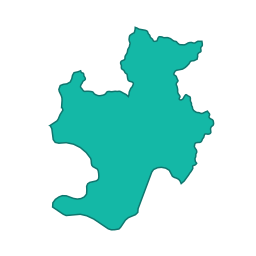 the District of Borski, rotated 169°
{"feature_id": "SRB-125", "entity_name": "Borski", "entity_type": "District", "adm_level": 1, "iso_a3": "SRB", "parent_name": "Republic of Serbia", "parent_adm1": "", "projection": "natural_earth1", "projection_center": [22.104, 44.305], "detail": "fine", "context": "isolated", "style": "filled", "palette": "teal", "viewbox_px": 256, "rotation_deg": 169, "n_neighbors": 0, "source": "natural_earth", "source_scale": "10m", "svg_char_len": 5796}
<svg xmlns="http://www.w3.org/2000/svg" viewBox="0 0 256 256"><g transform="rotate(169 128 128)"><path d="M204.1,145.3L196.4,148.5L194.8,150.0L192.1,154.1L189.2,157.2L188.7,157.5L188.5,158.9L188.7,160.1L189.1,160.8L189.3,160.8L187.5,167.5L187.1,170.1L187.3,172.3L188.5,177.1L188.5,179.1L186.4,182.6L183.2,183.2L179.5,183.0L175.9,184.2L173.8,187.0L172.4,190.3L170.4,192.6L166.4,192.7L163.6,193.2L163.4,192.0L163.1,191.3L162.7,191.0L161.8,190.5L161.4,190.2L161.3,189.9L161.2,189.4L161.3,187.8L161.3,187.4L160.7,185.9L160.5,185.1L160.5,184.3L160.6,184.0L161.1,183.5L161.7,183.2L162.9,182.7L163.6,182.1L164.6,180.7L165.5,179.9L166.0,179.2L166.4,178.6L166.8,177.5L166.8,177.1L166.6,176.7L165.7,175.1L165.0,173.5L164.5,172.8L164.2,172.5L163.5,172.2L161.2,171.9L159.4,171.5L157.5,170.9L156.4,170.5L155.7,170.0L155.4,169.7L154.7,168.1L154.0,167.4L153.6,167.0L151.6,165.7L151.1,165.5L150.3,165.2L148.9,165.0L147.6,165.0L146.2,165.0L145.0,165.2L143.5,165.8L143.1,166.2L142.1,167.2L141.7,167.4L141.2,167.6L140.6,167.6L139.5,167.5L137.5,166.8L136.9,166.7L133.5,166.5L132.9,166.3L131.5,165.9L129.8,165.8L129.4,165.7L128.5,165.3L128.0,164.9L125.4,162.7L123.7,161.4L122.7,160.2L121.7,158.8L120.8,160.3L120.4,161.5L120.1,162.6L119.9,163.1L119.6,163.6L118.6,165.0L117.9,166.1L117.2,166.8L116.2,167.5L115.9,167.8L114.5,169.9L114.3,170.3L114.3,170.9L114.4,171.5L114.9,172.1L115.7,172.7L117.6,173.6L118.3,174.3L118.6,174.7L118.8,175.3L118.9,176.6L118.8,178.7L118.7,180.2L118.6,180.6L118.7,180.9L118.9,181.2L120.0,182.4L120.3,182.9L120.9,184.8L121.0,185.2L121.2,185.5L122.5,186.8L122.8,187.2L123.0,187.6L123.0,188.7L122.6,190.3L122.6,190.8L122.9,192.5L122.9,193.0L122.8,193.5L122.5,194.1L122.2,194.5L121.8,194.8L121.1,195.1L119.1,195.5L118.5,195.8L118.2,196.0L117.9,196.4L117.7,196.8L117.4,198.3L117.2,198.8L116.9,199.3L116.5,199.8L115.1,201.2L114.7,201.7L114.1,202.8L113.6,204.2L113.3,204.9L112.7,205.8L111.5,207.1L111.1,207.6L110.6,209.0L109.9,210.4L109.8,210.8L109.8,211.3L110.1,213.1L110.1,214.4L110.0,215.0L109.6,216.2L109.0,217.8L108.7,218.2L108.4,218.5L108.1,218.7L105.9,219.7L104.1,220.2L103.7,220.4L103.5,220.7L102.2,223.4L101.7,225.4L99.8,224.2L98.5,223.0L92.8,220.8L91.8,220.3L90.9,219.6L90.6,219.2L90.4,218.7L90.2,217.2L89.9,216.3L89.1,215.1L89.0,214.8L88.9,214.4L88.9,213.4L88.7,212.9L88.5,212.4L87.4,211.0L87.0,210.5L86.6,209.0L86.4,208.6L86.1,208.2L85.8,208.1L85.4,208.0L84.3,207.9L83.4,207.9L83.1,208.0L82.7,208.3L81.7,210.0L80.8,211.2L80.5,211.4L80.0,211.6L79.5,211.6L77.3,210.9L76.0,210.0L75.2,209.7L73.0,209.4L71.9,209.2L71.5,209.0L69.5,207.8L69.2,207.6L67.6,205.8L66.6,204.8L65.9,204.4L64.4,203.8L64.0,203.5L63.5,202.5L62.9,201.6L61.8,200.3L61.4,200.0L61.1,199.9L59.1,199.4L57.1,198.9L56.6,198.9L55.4,199.1L52.8,200.0L51.4,200.1L50.7,200.1L49.5,199.9L47.7,199.0L46.9,198.7L46.3,198.7L45.8,198.8L43.7,199.6L43.1,199.8L42.2,199.7L38.9,199.0L39.0,196.4L39.2,195.4L39.3,194.9L39.7,194.4L40.8,193.5L41.1,193.3L41.3,192.9L41.4,192.5L41.6,189.9L41.8,189.3L42.1,189.0L42.4,188.8L43.3,188.6L44.1,188.3L44.6,188.0L45.4,187.2L45.7,186.8L45.8,186.4L45.9,185.2L46.0,184.8L47.1,182.3L47.9,182.2L49.9,181.6L50.5,181.5L52.4,181.7L53.0,181.7L53.7,181.5L54.2,181.2L54.8,180.7L56.0,179.3L56.5,179.0L58.4,177.6L60.3,176.5L62.4,175.7L63.5,175.4L64.2,175.4L69.2,175.4L70.3,175.1L71.0,174.7L71.5,174.1L72.5,172.8L72.7,172.4L72.8,172.1L72.7,171.7L72.5,171.3L71.2,170.1L70.8,169.4L70.7,168.8L70.4,166.9L69.9,165.1L69.9,164.8L70.1,164.5L70.4,164.1L71.3,163.4L71.8,162.9L72.1,162.3L72.3,161.8L72.3,161.3L72.3,160.8L72.1,160.1L71.9,158.9L71.9,156.7L72.0,155.7L72.4,153.9L72.3,152.8L72.1,151.9L71.4,150.5L71.0,149.4L71.0,148.9L71.1,148.5L72.0,147.4L72.1,147.1L72.2,146.8L72.2,146.5L71.9,146.0L71.3,145.6L70.7,145.4L69.9,145.5L69.1,145.8L68.3,146.3L66.6,148.3L65.5,149.3L65.1,149.6L64.8,149.6L64.5,149.6L64.1,149.3L62.9,148.0L61.4,146.9L61.2,146.5L61.1,146.1L61.1,145.1L61.5,143.3L61.5,142.6L61.5,142.0L61.0,140.2L61.1,139.6L61.3,138.5L61.3,138.0L60.8,136.3L60.9,134.7L60.8,134.2L60.4,133.1L60.0,132.4L58.3,130.7L57.7,130.3L56.8,129.9L55.8,129.7L55.1,129.4L54.1,128.7L53.7,128.4L53.2,128.3L52.0,128.2L51.5,128.3L48.9,129.0L46.8,129.4L46.3,128.2L45.4,126.5L45.3,126.0L45.3,125.5L45.5,125.1L46.1,124.2L46.3,123.7L46.4,123.2L46.3,122.8L46.0,122.2L45.5,121.5L43.9,120.3L43.4,119.7L43.2,119.3L43.0,118.8L43.0,117.5L43.1,116.3L43.2,115.7L43.5,115.1L43.9,114.5L44.4,114.2L45.6,113.6L46.5,112.8L46.7,112.4L47.0,111.8L47.2,111.2L47.4,108.7L47.5,108.1L47.6,107.7L47.9,107.4L48.2,107.1L48.8,106.8L49.7,106.6L50.8,106.7L52.8,107.4L53.4,107.4L53.7,107.2L54.0,107.0L54.5,106.4L55.5,104.3L56.9,103.1L57.3,102.5L58.0,101.4L58.7,100.7L59.2,100.4L60.0,100.2L60.6,100.2L62.5,100.5L64.2,100.5L64.9,100.2L65.2,99.9L65.5,99.5L66.2,97.7L66.4,97.3L66.4,96.8L65.9,95.2L65.1,93.4L65.0,92.4L65.0,91.9L65.2,91.0L65.4,90.7L66.1,89.8L66.5,89.1L66.8,87.5L67.1,86.7L68.0,85.4L68.2,84.8L68.2,83.6L68.3,82.9L68.2,82.2L68.0,81.6L67.3,80.3L67.8,79.8L68.8,79.1L69.8,78.8L70.9,78.7L71.5,78.5L71.8,78.1L71.9,77.7L72.0,76.7L72.0,76.2L72.3,75.7L73.0,74.8L74.6,73.1L76.0,71.9L77.7,70.1L83.0,65.2L86.4,63.3L87.0,66.1L88.0,67.9L89.9,69.5L91.9,70.6L93.6,72.1L95.5,78.6L98.6,81.4L102.6,83.0L106.5,83.4L110.8,82.4L113.1,80.2L133.5,46.9L134.5,43.3L137.2,41.5L144.6,40.0L148.1,38.1L154.3,31.9L156.2,30.6L160.6,30.7L163.9,31.3L166.6,32.8L179.0,45.2L185.2,49.7L191.2,52.4L205.4,53.9L208.0,55.7L217.1,64.8L216.0,68.9L212.9,71.8L208.9,73.5L205.4,74.1L201.5,73.2L195.0,69.3L191.3,67.9L187.5,67.7L184.0,68.7L181.3,71.0L180.3,74.8L179.7,78.7L178.2,80.9L175.9,81.9L169.6,82.1L168.0,82.6L166.7,83.6L165.9,85.8L165.5,88.8L165.4,91.8L166.0,93.6L169.8,96.8L170.6,98.3L170.7,100.0L170.3,103.6L170.5,105.4L173.7,111.9L178.5,117.9L184.5,122.5L191.4,125.4L198.8,126.3L202.2,127.8L203.6,130.9L202.9,141.8L203.9,145.2L204.1,145.3Z" fill="#14b8a6" stroke="#0f766e" stroke-width="1.5"/></g></svg>